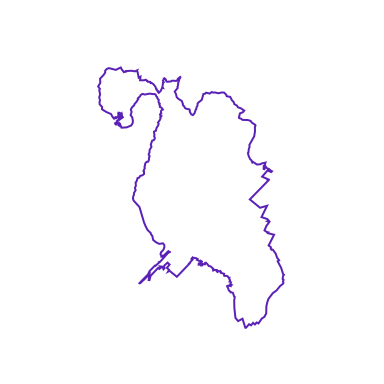 Brasov, Brasov, Romania, rotated 156°
{"feature_id": "2599482B43115927474837", "entity_name": "Brasov", "entity_type": "district", "adm_level": 2, "iso_a3": "ROU", "parent_name": "Romania", "parent_adm1": "Brasov", "projection": "natural_earth1", "projection_center": [25.605, 45.626], "detail": "fine", "context": "isolated", "style": "outline", "palette": "violet", "viewbox_px": 384, "rotation_deg": 156, "n_neighbors": 0, "source": "geoboundaries", "source_scale": "gbopen_adm2", "svg_char_len": 6111}
<svg xmlns="http://www.w3.org/2000/svg" viewBox="0 0 384 384"><g transform="rotate(156 192 192)"><path d="M237.6,299.8L234.3,296.2L234.0,292.7L233.5,291.1L233.1,291.6L232.3,291.0L231.6,291.4L231.3,290.9L231.7,290.5L231.4,290.4L231.0,291.2L229.0,290.5L228.5,291.5L227.2,291.4L227.2,292.7L227.7,293.4L226.9,294.4L225.8,293.7L225.7,292.7L225.1,292.6L225.1,292.1L224.6,292.3L224.9,291.6L224.5,291.6L224.8,290.6L225.8,290.7L227.7,289.6L226.4,289.7L226.1,289.3L224.9,288.9L224.8,288.4L227.0,287.9L228.4,289.3L229.3,288.7L228.8,287.6L230.5,287.2L231.1,287.7L231.8,287.3L231.9,286.5L234.3,286.1L234.3,284.8L233.6,284.4L232.5,285.4L231.4,284.7L230.8,284.8L230.9,283.9L229.4,284.2L232.7,282.6L230.4,283.0L230.6,282.4L230.1,282.6L230.1,282.2L230.5,280.8L230.1,280.4L230.2,279.4L225.3,277.6L220.4,277.5L218.3,279.0L217.2,280.6L216.2,284.5L216.8,287.2L214.6,289.7L214.4,292.1L212.5,293.7L209.6,294.7L208.9,295.6L205.8,297.1L203.3,298.8L203.5,299.4L203.2,299.7L200.6,300.5L199.6,301.4L197.4,301.8L195.4,300.2L190.6,299.1L187.9,297.3L186.7,296.9L185.6,295.9L185.7,293.7L185.3,293.0L185.5,291.5L184.9,289.7L185.8,288.3L186.0,286.9L185.5,285.9L186.3,285.2L186.1,284.1L186.8,282.8L185.6,281.5L185.1,279.2L186.1,279.3L187.3,278.6L188.0,277.5L188.1,276.2L189.6,276.0L189.8,274.9L189.1,273.9L190.6,273.3L190.5,272.4L192.0,270.9L194.8,269.3L194.7,268.0L195.6,266.8L198.5,264.8L200.1,262.6L201.9,262.7L202.4,262.3L203.0,259.5L203.9,258.4L203.9,256.9L204.3,255.9L205.5,255.0L207.5,255.1L210.4,252.0L210.6,249.8L213.7,247.6L214.8,245.3L216.0,244.4L216.4,243.4L216.1,242.0L217.5,240.6L218.3,238.8L219.9,237.5L221.2,238.0L222.8,237.3L223.8,236.2L224.0,235.4L225.1,234.5L225.4,233.0L227.8,231.0L227.5,230.3L228.5,228.0L230.4,227.4L232.8,227.8L234.4,226.6L236.0,226.9L238.5,224.1L239.6,223.7L240.7,220.6L242.5,218.9L242.8,216.5L245.4,214.7L246.2,213.0L247.4,212.0L248.7,209.7L248.8,207.8L246.1,199.6L248.2,183.7L248.3,180.3L248.1,175.5L246.4,171.3L246.7,170.1L246.1,168.0L247.0,164.1L245.3,160.7L243.1,158.0L239.4,156.9L238.9,154.8L239.5,153.1L241.5,150.9L244.9,149.5L244.9,149.1L245.8,148.4L246.1,147.7L246.0,146.1L246.3,145.4L245.8,145.1L244.4,145.7L244.1,145.2L237.7,147.6L237.2,146.5L235.8,146.1L238.7,146.1L248.9,141.5L250.0,141.1L250.5,141.5L250.8,141.4L250.8,140.9L255.5,139.4L255.7,139.8L256.9,139.4L262.8,137.1L265.7,134.6L277.1,130.1L276.9,129.8L274.9,130.2L272.7,131.4L272.4,131.1L264.3,134.2L267.4,129.2L266.7,128.8L264.0,132.2L253.8,136.5L253.2,135.0L251.5,135.4L251.6,137.1L249.6,136.0L249.4,135.3L249.5,133.0L248.1,133.6L247.7,135.3L247.2,136.1L243.0,137.4L242.0,134.8L245.8,132.9L244.6,130.2L246.2,129.0L244.8,129.1L244.4,128.8L240.3,120.7L223.5,127.6L223.7,127.9L219.0,130.0L219.7,131.1L218.2,131.9L218.1,131.4L217.1,131.2L215.0,129.7L214.2,128.6L215.1,128.0L212.7,125.3L212.1,125.7L211.2,124.4L211.6,124.0L212.1,124.2L212.7,123.2L214.8,124.0L215.5,122.9L213.0,121.8L213.4,121.1L212.4,120.8L211.7,122.0L209.6,120.7L208.9,121.9L208.1,121.8L207.3,120.0L206.8,117.6L205.3,116.5L203.8,113.3L204.3,112.9L204.6,111.7L202.8,111.5L201.0,110.6L200.6,109.9L201.6,109.4L201.3,108.6L200.2,109.0L199.4,108.3L198.3,108.4L198.0,107.6L198.5,106.4L195.9,104.2L196.5,103.4L196.6,102.2L194.4,101.3L193.7,100.5L193.4,98.6L192.7,98.4L193.3,97.2L193.1,96.0L194.0,95.0L193.4,94.8L193.2,93.5L194.5,92.3L193.6,91.0L194.4,90.9L194.9,90.2L196.9,91.8L198.3,91.7L198.1,89.4L198.4,87.1L197.4,85.1L197.5,84.6L196.8,84.4L195.6,83.1L196.0,79.6L195.6,78.8L197.7,75.5L200.5,68.7L203.5,59.4L202.4,55.3L197.4,55.7L198.5,46.4L198.0,46.0L193.6,48.0L192.3,46.2L189.4,47.6L188.4,45.4L186.0,46.5L184.8,44.9L179.7,48.0L176.6,48.5L173.6,50.9L170.5,57.4L167.6,61.2L165.6,63.3L159.4,66.7L154.7,67.7L149.9,70.2L145.8,71.3L145.3,72.3L145.4,73.2L144.1,74.4L144.6,75.6L143.2,78.0L141.7,79.0L142.2,79.7L141.4,86.4L141.9,93.9L140.2,94.2L141.0,97.5L140.6,101.6L141.6,106.3L142.0,106.8L142.7,106.8L143.2,108.0L142.5,109.1L142.5,109.9L143.8,111.9L134.4,119.6L139.4,123.5L138.7,124.1L140.0,125.1L141.4,127.4L137.9,130.7L133.5,133.2L135.0,134.6L133.6,134.7L134.2,136.6L138.7,140.8L129.0,148.9L136.2,149.9L142.2,161.7L117.3,171.6L117.8,172.2L117.1,172.4L121.7,177.5L114.3,180.9L111.5,178.0L110.5,178.4L112.0,180.4L111.9,180.8L112.2,181.5L113.9,183.3L114.3,185.2L116.6,183.4L117.2,183.9L115.8,186.7L114.6,187.0L112.9,189.0L116.6,189.7L118.6,189.6L121.5,190.7L124.1,194.8L124.9,194.5L124.9,197.1L125.5,198.2L125.6,201.7L125.1,204.8L124.5,205.0L122.6,208.2L121.2,209.6L120.4,211.7L112.6,217.5L109.9,221.6L108.0,226.0L106.9,226.9L106.9,227.6L109.2,231.2L109.5,233.1L111.8,235.1L116.5,237.3L117.5,239.2L118.9,240.3L118.9,240.8L116.3,244.3L113.0,244.2L111.2,245.1L113.3,248.6L115.6,250.7L115.8,252.6L117.6,255.1L117.3,257.0L118.2,259.6L118.4,263.4L121.3,265.3L121.4,266.0L121.1,266.8L122.2,269.7L124.2,270.8L127.8,271.5L130.5,273.6L132.1,274.1L133.4,275.3L135.7,274.7L138.8,277.0L140.0,276.5L141.7,276.9L145.6,272.2L150.2,271.0L151.0,270.4L151.7,268.9L153.9,267.0L154.4,265.9L155.1,265.7L157.7,262.9L159.9,261.9L161.1,263.3L161.4,266.3L160.9,267.1L160.7,268.5L163.6,270.6L164.3,271.7L164.3,273.4L165.0,275.1L164.5,276.2L164.3,279.3L166.3,282.3L167.4,284.7L166.8,288.1L166.9,290.8L162.7,292.9L162.5,294.0L161.0,295.6L160.6,296.8L157.4,300.4L155.2,302.1L159.0,301.1L160.2,299.9L161.2,299.9L164.9,301.8L166.2,301.6L169.9,302.8L170.4,303.5L170.2,305.7L171.0,307.2L171.6,307.1L171.6,306.4L173.2,305.7L173.2,303.8L173.8,303.9L175.9,300.6L176.3,299.8L176.2,298.9L176.9,299.4L179.4,297.1L182.0,296.1L182.3,296.6L182.0,297.9L182.5,298.5L182.3,298.9L182.9,300.1L182.5,300.6L182.8,301.2L182.6,303.0L183.4,306.2L184.5,308.0L185.5,308.3L185.3,309.5L187.5,310.7L187.5,311.5L188.1,311.8L188.0,312.5L188.8,313.5L190.2,313.5L194.0,315.2L192.2,318.3L194.2,318.1L192.9,323.8L193.3,324.9L192.7,325.4L195.1,325.4L197.6,327.2L202.9,329.3L203.1,328.8L203.8,328.9L203.8,329.3L205.5,329.2L206.4,333.0L206.4,334.7L212.0,334.6L217.4,338.9L219.7,339.1L221.9,338.2L222.7,336.5L224.9,335.0L229.9,332.9L231.4,329.0L234.8,326.6L234.2,323.6L235.4,322.6L236.0,319.4L236.8,317.8L238.2,316.4L238.8,313.0L239.9,311.8L240.7,309.6L239.5,306.2L240.6,304.2L237.6,299.8Z" fill="none" stroke="#5b21b6" stroke-width="2"/></g></svg>